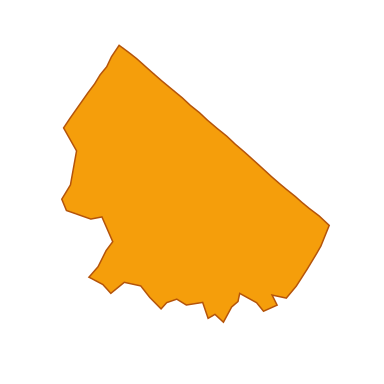 the district of Xangri-lá, Rio Grande do Sul, Brazil, rotated 286°
{"feature_id": "56859067B41490189665798", "entity_name": "Xangri-lá", "entity_type": "district", "adm_level": 2, "iso_a3": "BRA", "parent_name": "Brazil", "parent_adm1": "Rio Grande do Sul", "projection": "albers", "projection_center": [-50.07, -29.81], "detail": "fine", "context": "isolated", "style": "filled", "palette": "amber", "viewbox_px": 384, "rotation_deg": 286, "n_neighbors": 0, "source": "geoboundaries", "source_scale": "gbopen_adm2", "svg_char_len": 943}
<svg xmlns="http://www.w3.org/2000/svg" viewBox="0 0 384 384"><g transform="rotate(286 192 192)"><path d="M218.2,50.9L199.7,69.7L165.3,73.2L149.2,68.8L139.6,76.4L138.1,102.2L143.2,112.3L122.4,129.5L112.1,125.6L94.3,122.3L81.7,116.4L78.5,131.8L72.2,141.9L86.5,151.8L87.6,168.6L79.0,180.5L71.1,194.5L78.7,198.2L84.8,206.9L81.8,217.7L88.8,232.7L75.0,242.3L80.7,247.8L75.5,258.1L92.4,261.8L99.4,266.4L107.7,265.8L103.4,284.6L97.1,293.6L106.7,305.0L115.0,297.4L116.0,311.9L130.3,318.2L150.0,324.1L167.0,328.7L175.6,330.8L197.7,333.1L204.0,320.9L208.6,309.0L212.3,300.5L215.9,293.1L220.9,281.2L224.5,273.1L228.9,263.7L235.8,249.9L244.9,231.3L249.8,220.5L255.2,210.1L260.0,198.7L265.2,187.2L270.3,177.3L274.9,166.3L279.8,156.8L286.1,142.3L290.7,131.8L296.2,120.1L300.2,111.8L305.0,101.9L309.0,92.0L312.9,81.5L299.8,77.3L288.9,75.5L279.4,71.4L269.1,68.6L258.9,64.7L228.9,54.3L218.2,50.9Z" fill="#f59e0b" stroke="#b45309" stroke-width="1.5"/></g></svg>